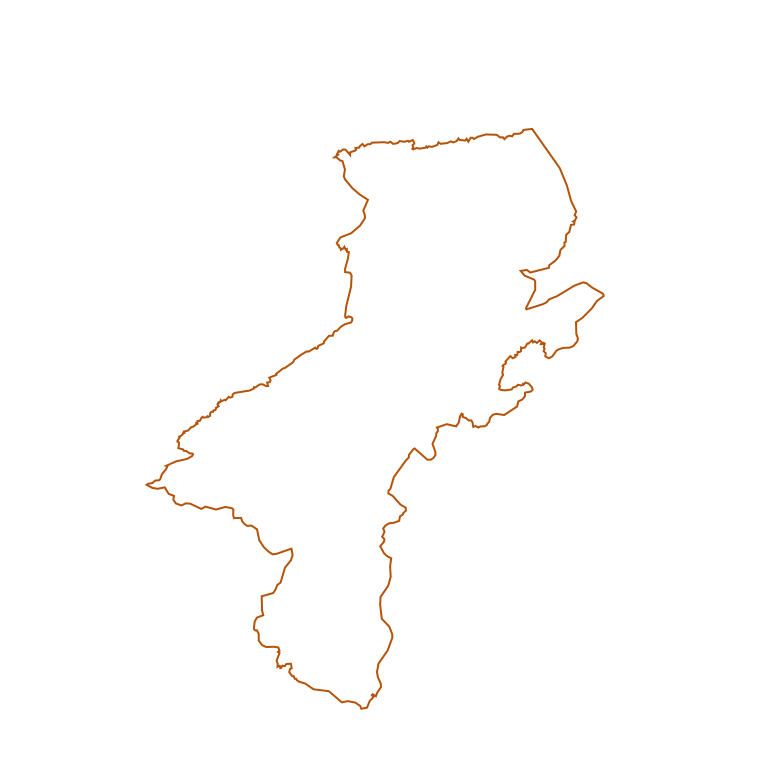 the district of Kenema, Eastern, Sierra Leone, rotated 214°
{"feature_id": "65957751B6503620183485", "entity_name": "Kenema", "entity_type": "district", "adm_level": 2, "iso_a3": "SLE", "parent_name": "Sierra Leone", "parent_adm1": "Eastern", "projection": "natural_earth1", "projection_center": [-11.159, 7.947], "detail": "fine", "context": "isolated", "style": "outline", "palette": "amber", "viewbox_px": 768, "rotation_deg": 214, "n_neighbors": 0, "source": "geoboundaries", "source_scale": "gbopen_adm2", "svg_char_len": 6142}
<svg xmlns="http://www.w3.org/2000/svg" viewBox="0 0 768 768"><g transform="rotate(214 384 384)"><path d="M403.8,678.3L410.5,672.6L410.1,670.5L411.4,667.5L416.1,664.0L416.3,660.9L418.6,660.1L420.3,658.0L421.1,654.3L423.4,655.0L425.7,653.3L429.8,653.7L439.0,647.9L444.5,641.4L446.4,637.4L448.4,637.6L449.9,636.6L449.6,632.0L452.6,633.5L452.8,631.2L457.9,628.6L459.6,629.2L459.6,626.0L461.8,622.9L464.2,622.6L466.4,619.0L471.4,614.8L474.0,614.8L473.4,612.1L476.9,607.3L479.8,606.1L480.2,604.2L481.7,604.6L481.7,603.1L486.3,598.9L488.8,598.0L491.0,594.9L492.0,594.8L492.0,596.4L493.9,597.9L493.3,600.2L494.0,601.1L496.6,602.3L498.8,598.8L500.1,599.0L502.5,596.3L506.9,594.1L507.4,591.4L509.8,588.9L511.1,588.1L514.1,588.5L515.5,586.1L519.0,584.6L529.0,577.3L529.3,575.4L531.7,573.5L533.1,570.1L536.1,570.9L537.1,567.4L536.7,566.3L539.6,563.5L538.1,562.5L538.3,561.6L541.6,557.1L540.1,554.9L547.0,556.8L549.0,555.6L550.4,551.9L551.9,552.0L551.5,548.4L550.3,548.5L551.7,544.3L550.2,545.4L545.4,544.8L543.1,545.6L536.3,540.0L533.5,533.8L530.7,531.8L519.5,528.6L509.9,527.5L500.3,527.7L498.1,516.1L494.4,513.4L492.5,510.7L492.4,502.1L495.5,490.7L502.1,481.1L502.0,474.5L500.1,473.4L499.1,473.8L497.3,472.2L496.0,472.4L494.8,471.1L493.6,473.5L493.6,475.6L490.7,473.9L490.2,475.0L488.6,473.0L486.9,473.7L483.9,467.5L480.6,457.5L478.8,455.0L474.4,457.3L471.5,455.8L465.8,446.4L458.9,427.7L454.5,419.0L453.2,417.6L452.2,417.7L451.3,420.2L448.4,421.1L446.9,420.7L445.8,418.6L445.8,416.4L449.7,411.9L451.8,407.3L452.7,401.9L454.3,400.3L454.5,398.5L453.5,395.4L456.6,393.1L457.4,385.7L456.7,384.0L459.8,378.9L459.0,376.3L459.8,375.3L461.3,375.8L464.5,368.8L466.2,367.9L468.9,362.3L472.0,353.9L471.5,351.3L475.1,341.9L476.4,340.4L479.1,332.2L478.3,331.4L482.7,325.1L480.1,323.7L479.7,321.6L481.7,319.9L479.0,317.5L480.4,316.4L484.4,315.9L486.8,314.2L488.7,309.2L490.0,308.7L489.4,307.4L491.7,303.5L502.8,293.1L503.7,290.8L502.5,288.7L503.9,286.7L505.5,286.5L506.2,281.9L507.1,281.9L509.2,278.8L510.2,279.2L509.7,277.5L510.8,276.5L510.2,275.5L510.9,274.9L510.5,273.8L508.6,273.1L510.0,270.2L509.4,269.7L509.4,267.8L510.6,266.8L510.2,265.3L511.6,264.4L511.8,262.7L510.4,260.4L511.3,258.4L512.3,258.5L512.3,257.4L515.0,255.1L515.9,255.4L516.5,254.1L516.0,250.6L517.9,248.9L516.5,246.9L517.8,246.6L517.1,245.5L518.3,242.0L519.9,239.9L520.4,235.8L523.3,232.7L522.1,231.9L523.1,231.2L522.7,229.4L524.4,225.5L523.4,225.1L523.5,221.5L522.9,220.6L521.3,220.9L520.7,220.2L518.6,215.8L514.0,217.4L512.6,216.7L510.5,217.8L506.0,217.9L504.2,219.1L503.0,219.0L502.8,216.9L505.5,211.6L513.1,203.6L518.8,194.4L517.6,194.8L517.0,191.7L517.7,185.1L516.3,180.0L516.7,178.4L519.8,175.9L520.6,172.4L523.8,169.3L524.4,167.7L518.0,168.3L513.0,170.6L508.0,175.7L501.1,172.5L495.5,173.8L493.9,170.2L489.7,168.6L485.6,169.6L483.9,170.2L481.7,174.1L477.8,176.4L465.6,178.3L463.4,182.5L453.1,186.0L446.7,193.4L440.6,196.0L438.7,195.7L435.9,191.2L433.4,188.9L427.6,193.1L424.7,190.9L421.6,189.9L418.0,189.9L414.7,192.5L408.0,192.5L400.0,184.7L392.2,181.5L386.1,180.5L381.1,180.5L378.1,183.1L368.7,195.7L364.2,191.2L362.6,186.0L363.4,176.4L358.7,161.5L360.1,157.7L359.0,153.2L359.0,148.7L366.7,139.6L358.4,128.0L354.8,124.8L358.7,119.3L358.4,114.8L355.6,109.4L354.8,108.1L352.9,107.7L351.5,108.7L348.2,106.8L344.4,101.3L339.2,99.4L334.6,100.0L328.5,104.5L324.3,106.5L321.5,104.5L322.1,102.6L320.2,102.6L318.3,94.5L315.6,92.6L314.2,90.0L313.2,91.9L312.2,92.0L311.2,90.5L310.5,90.9L310.6,93.8L308.4,94.7L308.4,97.2L304.8,100.0L301.6,96.7L302.5,95.1L301.5,92.2L296.7,90.4L295.5,91.3L293.2,89.7L291.9,90.5L290.6,89.7L288.0,89.7L281.8,91.6L271.7,91.5L257.9,98.5L241.0,96.5L236.7,100.8L229.8,103.8L223.7,103.8L221.2,102.1L217.1,106.1L218.6,113.2L217.7,118.7L220.1,119.2L220.0,120.4L216.1,120.7L217.0,123.9L217.0,131.0L219.1,133.8L225.4,137.7L228.8,141.4L232.2,149.0L232.0,165.0L235.2,178.3L237.1,181.0L243.9,185.8L254.5,188.1L263.8,198.9L267.8,205.6L267.7,219.1L270.7,228.0L277.0,236.3L280.6,243.6L285.1,243.0L289.3,243.7L296.4,247.3L295.8,253.3L296.9,255.6L300.1,256.3L300.9,261.8L303.9,263.8L303.6,267.5L301.8,271.4L298.1,274.6L294.9,279.0L296.7,283.1L295.4,286.3L295.8,287.5L295.1,291.4L296.9,293.6L302.8,293.2L314.3,296.1L319.2,295.7L320.6,298.2L320.1,300.7L323.8,312.4L323.1,333.1L322.3,336.7L323.7,339.3L323.2,346.4L322.5,347.7L305.8,345.5L302.8,347.5L301.7,350.1L301.6,353.9L303.6,356.5L310.3,361.5L311.8,370.4L313.1,372.3L312.9,375.0L314.3,376.9L315.8,377.5L309.5,385.8L300.5,389.2L300.5,394.1L302.8,399.4L303.1,402.8L301.8,403.0L300.4,400.7L296.9,401.6L293.2,401.2L291.4,402.6L289.2,401.7L286.0,398.4L284.7,400.3L281.4,400.7L280.5,402.6L276.8,405.3L275.7,408.0L276.2,409.0L275.6,411.3L277.2,415.2L276.6,419.3L274.2,422.1L267.0,425.5L261.1,439.7L262.9,444.8L260.7,448.4L260.3,452.6L262.3,455.7L258.0,459.9L257.5,462.4L259.5,464.0L264.1,465.2L267.6,464.3L267.6,462.6L268.8,462.0L268.2,461.1L269.3,459.6L272.5,458.3L273.0,455.8L275.1,453.2L275.1,450.9L280.1,446.4L283.7,444.5L285.8,444.3L286.7,447.1L288.1,447.5L290.1,453.5L290.4,458.1L292.3,459.6L294.4,464.9L295.8,465.2L295.6,467.0L294.6,468.2L294.7,469.8L295.9,470.5L294.9,477.8L291.8,477.3L290.1,479.9L291.5,481.4L289.7,482.4L291.1,485.3L289.4,486.3L288.8,487.9L290.7,490.9L289.4,491.1L287.5,493.2L287.8,497.7L286.9,498.2L285.7,503.0L283.7,501.8L283.0,503.7L280.2,503.5L279.4,507.2L276.4,506.7L276.2,504.8L274.2,506.2L274.4,507.4L273.3,507.4L272.1,503.7L270.6,503.0L270.1,500.5L267.2,500.0L265.7,497.1L261.7,497.5L259.9,501.0L259.7,508.1L258.3,510.8L255.5,514.2L250.3,518.1L248.2,521.3L247.6,527.6L248.8,530.3L252.5,533.0L259.4,542.6L256.5,549.8L254.0,562.9L253.9,571.8L251.1,579.8L252.7,581.2L254.3,581.2L265.1,580.3L272.5,580.8L275.7,579.6L281.1,572.1L289.7,553.5L294.4,546.6L294.9,542.6L297.0,538.9L307.6,525.6L308.7,526.2L311.3,546.6L316.1,553.7L317.9,554.5L328.0,552.5L333.9,554.2L329.3,558.5L325.1,558.2L312.3,572.5L313.4,575.0L310.9,582.2L310.3,588.2L312.7,593.9L311.5,599.4L313.5,602.1L312.8,603.3L316.4,609.7L315.4,613.5L317.9,620.5L315.6,622.6L316.6,624.7L318.0,624.6L317.1,626.0L317.6,629.8L320.4,630.6L321.1,634.5L331.1,640.3L343.5,650.9L358.9,661.2L403.8,678.3Z" fill="none" stroke="#b45309" stroke-width="2"/></g></svg>